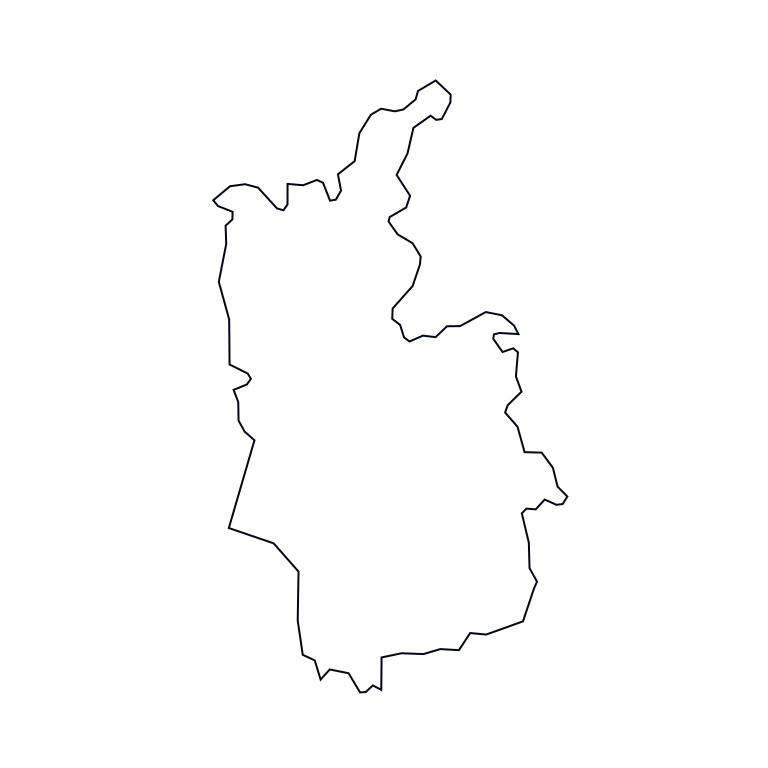 the border of Hertfordshire, rotated 100°
{"feature_id": "GBR-2042", "entity_name": "Hertfordshire", "entity_type": "Administrative County", "adm_level": 1, "iso_a3": "GBR", "parent_name": "United Kingdom", "parent_adm1": "", "projection": "equal_earth", "projection_center": [-0.306, 51.83], "detail": "fine", "context": "isolated", "style": "outline", "palette": "ink", "viewbox_px": 768, "rotation_deg": 100, "n_neighbors": 0, "source": "natural_earth", "source_scale": "10m", "svg_char_len": 1637}
<svg xmlns="http://www.w3.org/2000/svg" viewBox="0 0 768 768"><g transform="rotate(100 384 384)"><path d="M552.8,511.8L461.9,501.8L455.1,513.0L450.5,516.7L445.2,520.9L427.1,524.4L415.9,531.1L408.3,519.0L402.0,516.0L397.4,520.0L391.6,539.5L365.4,544.3L347.3,547.7L312.1,564.4L294.9,564.1L273.5,563.7L255.6,567.5L248.3,561.9L240.7,563.0L237.6,578.4L232.7,584.1L216.0,570.0L211.4,555.6L212.5,542.1L229.7,519.8L230.4,513.2L224.0,510.2L203.7,513.7L202.3,498.1L194.7,485.5L196.4,479.0L212.8,469.0L210.8,463.4L201.0,459.9L185.5,465.8L169.6,451.6L141.3,451.8L121.1,443.7L113.4,434.6L113.6,420.7L110.3,412.6L98.2,402.3L89.5,401.4L76.1,385.8L87.4,368.6L95.2,367.5L113.0,373.1L114.8,378.4L111.7,384.7L126.6,399.5L153.1,400.9L175.9,407.9L194.1,391.0L206.3,392.8L218.6,407.4L223.2,407.7L234.3,396.5L240.4,380.3L252.1,370.0L260.0,369.4L260.3,369.4L282.5,372.8L308.1,388.6L318.4,387.2L323.0,378.4L334.6,372.4L337.7,366.3L329.6,354.0L328.9,341.3L316.2,332.0L313.8,319.2L304.7,307.8L295.5,296.3L295.8,279.8L303.9,266.1L311.5,260.3L313.7,279.1L316.1,284.4L320.6,284.2L331.9,272.8L326.4,262.9L329.5,257.6L353.6,255.4L367.7,247.3L383.4,258.5L391.1,259.8L402.9,245.1L426.7,233.7L424.2,216.8L437.2,203.1L455.0,195.2L462.9,183.9L471.2,187.2L473.0,193.2L469.9,205.7L481.1,212.8L482.0,222.1L487.4,225.8L515.2,213.8L540.1,208.7L552.0,199.0L559.6,200.8L593.6,205.9L613.0,239.9L614.3,255.9L633.1,264.0L635.3,282.6L643.1,298.1L646.1,319.9L653.7,338.9L685.7,333.6L682.8,342.6L690.5,348.5L691.9,354.0L675.0,368.6L674.6,387.9L686.1,395.1L668.2,404.2L664.8,417.0L631.9,427.9L583.6,435.6L560.1,465.0L552.8,511.8Z" fill="none" stroke="#020617" stroke-width="2"/></g></svg>